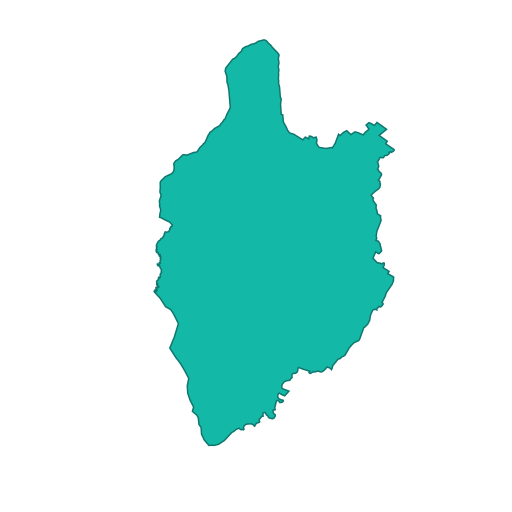 Ineu, Bihor, Romania, rotated 305°
{"feature_id": "2599482B62282077307235", "entity_name": "Ineu", "entity_type": "district", "adm_level": 2, "iso_a3": "ROU", "parent_name": "Romania", "parent_adm1": "Bihor", "projection": "mercator", "projection_center": [22.104, 47.099], "detail": "fine", "context": "isolated", "style": "filled", "palette": "teal", "viewbox_px": 512, "rotation_deg": 305, "n_neighbors": 0, "source": "geoboundaries", "source_scale": "gbopen_adm2", "svg_char_len": 6133}
<svg xmlns="http://www.w3.org/2000/svg" viewBox="0 0 512 512"><g transform="rotate(305 256 256)"><path d="M206.2,383.0L207.8,382.7L210.1,381.8L219.0,382.4L219.5,383.3L220.6,383.9L222.6,384.1L224.2,385.3L226.0,385.8L234.1,385.1L238.1,385.4L241.3,386.1L245.6,388.6L247.3,388.6L259.0,385.4L260.6,386.0L264.2,386.6L268.6,386.0L271.7,384.4L274.4,383.4L278.9,382.7L280.6,384.0L281.1,385.9L281.6,385.4L283.5,385.3L283.7,385.6L285.0,385.6L285.4,386.8L285.8,387.3L286.2,387.1L286.5,387.5L287.1,387.7L288.0,387.6L288.2,387.8L289.6,387.7L290.0,387.1L290.2,385.9L297.3,384.9L300.7,383.8L310.7,383.7L314.6,382.8L316.4,381.6L317.6,381.0L317.7,379.5L317.1,374.0L319.7,373.9L319.4,366.7L321.9,366.3L323.7,365.2L323.7,364.7L323.0,364.0L322.0,363.8L321.5,363.4L321.4,361.6L320.8,361.1L320.6,360.8L320.6,360.1L320.0,359.3L321.2,353.1L328.0,351.7L328.2,352.6L328.1,354.3L328.4,355.3L328.9,355.6L332.2,356.0L334.8,353.2L335.8,351.8L336.4,351.5L337.2,350.5L338.3,347.7L337.6,345.3L339.8,344.7L341.0,343.2L345.3,340.9L356.9,338.1L359.1,335.7L360.4,335.1L360.2,331.2L362.1,329.5L363.9,327.0L366.9,325.1L367.5,323.0L368.5,320.5L369.9,318.9L370.8,319.0L371.7,315.5L373.8,315.7L377.5,316.6L381.1,317.9L383.1,318.1L384.4,317.6L386.5,316.5L386.8,315.7L388.1,314.8L388.3,312.9L394.6,312.3L395.6,311.0L395.9,307.9L396.6,307.3L396.8,305.7L399.1,305.4L400.1,304.9L402.5,302.1L402.6,301.6L405.7,301.4L407.7,301.0L408.1,301.2L408.9,303.1L409.7,304.0L412.0,303.8L413.9,305.8L416.6,306.4L416.8,305.8L417.6,305.6L417.8,306.1L418.6,306.6L418.6,307.5L420.8,308.5L421.8,308.5L422.4,308.1L422.3,297.8L425.3,297.7L425.4,287.7L434.7,290.3L434.8,278.5L430.8,278.1L430.6,274.4L430.0,272.0L426.4,271.1L424.8,275.6L423.2,275.5L419.8,274.5L416.7,274.3L415.5,268.9L414.5,265.9L409.9,264.1L410.7,258.4L407.5,256.8L402.8,255.7L403.1,253.8L393.9,256.2L388.5,256.6L388.6,256.1L384.2,251.6L381.4,246.0L381.2,244.6L382.1,243.0L382.7,241.1L386.1,239.3L387.9,237.1L386.0,235.4L385.7,234.8L385.8,233.1L384.9,230.9L382.2,231.9L381.7,228.2L378.0,227.7L377.4,216.9L376.4,214.2L376.2,212.6L377.1,209.7L378.8,207.1L381.0,202.5L381.8,201.3L387.0,196.9L386.4,195.6L387.0,195.0L394.6,188.9L398.4,187.0L399.3,186.3L400.2,184.7L408.0,178.3L410.4,175.4L412.4,174.2L413.7,172.9L417.7,170.4L419.0,169.3L421.3,168.2L424.0,165.5L427.1,164.2L430.6,161.0L433.9,159.6L434.9,157.0L436.2,150.0L437.2,146.8L437.4,144.1L438.1,142.0L438.2,140.4L437.9,139.2L437.5,138.4L434.9,136.3L433.2,134.7L429.8,133.4L427.9,131.9L427.0,130.9L422.9,128.7L421.5,127.4L418.4,126.1L417.2,126.1L415.6,126.6L411.9,125.7L408.5,125.7L406.2,125.3L403.8,124.0L392.6,123.4L389.7,124.7L386.3,129.2L381.8,132.5L380.0,135.0L375.8,139.1L362.7,149.9L355.8,150.8L350.8,152.0L349.2,151.6L346.1,151.8L344.7,151.4L343.0,151.6L341.1,151.1L336.7,148.9L333.8,148.4L330.6,147.3L329.0,147.6L328.1,147.5L326.2,147.8L320.6,149.0L319.0,149.0L317.7,148.5L316.0,148.6L313.0,147.8L307.7,148.0L306.8,147.5L305.3,145.8L304.1,144.9L299.2,141.7L297.4,138.5L296.8,138.0L290.7,136.9L287.7,135.6L285.5,135.5L284.6,135.7L281.4,138.3L279.7,139.3L278.1,139.9L276.5,140.0L274.2,139.2L269.0,136.2L264.2,135.3L262.3,135.1L261.2,135.4L257.1,138.4L253.3,140.6L251.4,143.3L250.5,143.8L245.8,145.2L242.8,147.7L241.7,148.2L239.5,151.1L238.5,151.9L235.5,153.1L232.4,154.8L232.9,156.5L233.5,161.7L234.3,165.9L233.2,169.8L232.5,170.1L230.9,169.4L230.4,169.8L229.1,169.5L228.7,170.1L225.9,170.5L224.2,169.1L223.7,167.8L221.5,168.2L221.3,168.4L218.6,169.1L218.1,168.8L216.9,169.0L215.8,168.2L213.8,168.3L212.9,167.8L211.2,167.6L207.8,168.2L207.2,168.5L206.7,169.4L206.8,169.6L205.8,169.9L205.5,169.8L205.4,170.1L204.6,170.5L204.5,171.1L203.9,170.7L203.4,170.8L203.0,171.4L202.5,171.7L202.4,172.4L202.7,172.5L202.7,172.9L202.0,172.8L202.0,173.4L202.6,174.2L201.5,175.0L201.6,175.4L201.4,175.4L201.2,175.8L202.2,176.8L201.8,177.2L200.7,176.8L200.4,177.1L200.8,178.3L200.0,178.4L199.6,178.7L199.6,179.2L198.7,179.3L198.5,179.9L197.3,180.1L196.1,181.0L195.5,181.1L195.3,181.5L194.9,180.7L193.8,181.6L192.9,180.8L193.1,179.9L192.7,179.8L192.0,180.7L191.9,181.8L192.5,182.8L192.4,183.2L191.3,184.3L190.6,186.4L189.1,187.1L188.3,188.1L187.0,187.8L185.6,188.3L184.6,189.1L184.3,189.5L183.4,189.4L182.6,189.8L182.3,189.5L183.0,188.8L182.7,188.4L180.6,189.7L180.1,189.3L178.3,189.1L176.7,190.4L176.8,191.0L175.8,190.8L175.5,191.1L175.9,191.8L175.4,191.8L174.9,192.6L175.1,194.1L173.8,193.8L173.1,193.2L172.8,193.3L172.6,193.0L173.3,192.6L173.2,192.2L172.8,192.1L171.2,193.3L170.8,194.1L171.3,194.5L171.0,194.8L169.4,194.6L169.5,194.3L170.2,193.8L170.3,193.2L170.1,192.8L169.8,192.6L168.5,192.9L168.3,193.2L166.4,201.8L162.6,211.1L163.2,216.8L161.2,221.9L156.1,231.2L142.7,235.6L131.1,238.2L127.0,248.2L124.7,255.5L121.2,263.3L117.2,271.1L110.3,274.1L104.5,278.7L100.1,284.7L96.5,291.5L92.3,293.0L91.7,298.8L90.4,301.5L85.3,305.9L84.0,309.4L78.7,313.7L75.6,319.2L73.8,326.2L75.2,327.6L76.9,330.4L80.2,333.3L86.8,335.9L97.5,337.4L100.4,338.7L102.9,339.3L105.3,341.0L105.0,342.0L105.1,343.4L106.0,344.4L106.4,345.5L106.7,345.6L107.1,345.6L107.8,344.7L109.1,343.7L111.5,344.0L112.9,344.8L114.9,347.1L115.8,348.6L116.2,349.6L115.8,352.5L119.1,352.2L121.2,353.8L122.2,354.2L123.7,352.4L128.0,352.8L128.9,353.7L130.7,352.2L131.6,351.9L132.1,352.2L133.1,353.5L131.8,355.6L131.9,357.1L131.0,358.8L131.0,360.0L132.1,362.9L133.6,363.7L136.1,363.5L136.9,363.0L137.0,362.3L136.9,361.6L137.4,360.4L139.0,358.5L139.5,358.5L140.3,358.9L140.7,359.8L141.2,359.9L142.2,358.5L148.9,355.9L149.8,356.2L150.3,356.9L150.2,358.1L149.7,359.3L149.6,359.6L150.0,360.2L150.5,360.5L151.1,361.3L152.7,361.6L153.2,361.4L153.4,360.7L152.8,359.7L152.2,356.6L152.5,355.7L153.1,354.5L155.3,353.3L157.0,353.6L157.3,356.9L157.9,359.7L164.2,360.5L162.5,353.8L162.7,352.9L164.5,351.6L166.1,351.1L169.3,351.3L171.2,352.5L173.6,355.0L175.8,354.9L177.1,355.3L178.4,354.1L180.2,353.4L181.5,354.2L182.6,355.7L184.4,356.3L185.9,356.0L187.9,354.9L189.1,354.8L190.3,359.5L192.5,366.1L191.0,366.1L190.8,367.0L190.8,367.8L194.3,369.4L194.2,370.0L195.2,371.1L197.5,372.9L197.9,375.0L198.6,376.2L200.7,377.2L203.8,377.8L205.8,377.7L206.0,378.9L206.5,379.9L206.5,381.8L206.2,383.0Z" fill="#14b8a6" stroke="#0f766e" stroke-width="1.5"/></g></svg>